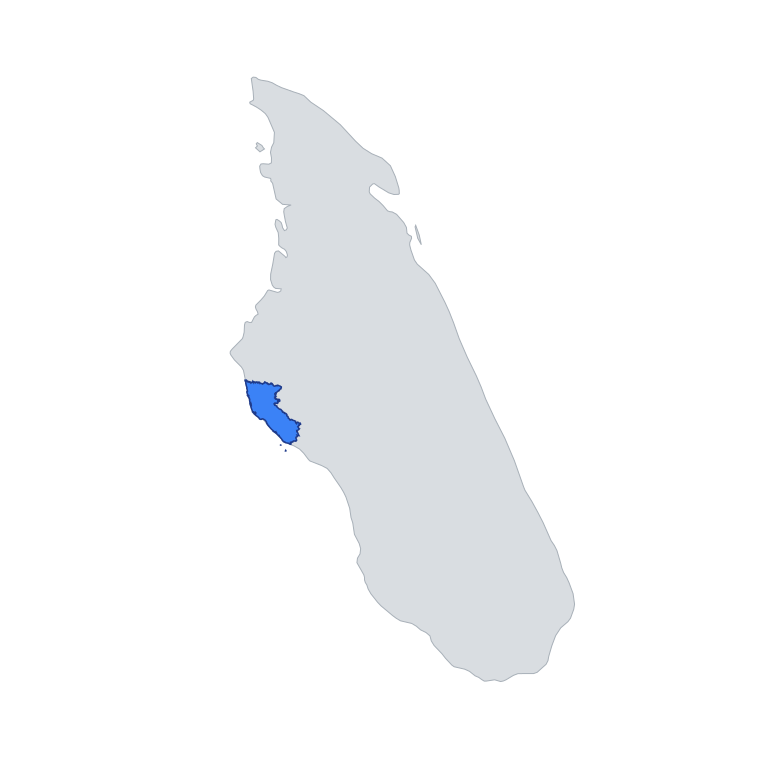 location of Maintirano, Melaky, Madagascar, rotated 320°
{"feature_id": "10022922B40533998311047", "entity_name": "Maintirano", "entity_type": "district", "adm_level": 2, "iso_a3": "MDG", "parent_name": "Madagascar", "parent_adm1": "Melaky", "projection": "natural_earth1", "projection_center": [44.435, -17.734], "detail": "fine", "context": "in_parent", "style": "filled", "palette": "blue", "viewbox_px": 768, "rotation_deg": 320, "n_neighbors": 0, "source": "geoboundaries", "source_scale": "gbopen_adm2", "svg_char_len": 9232}
<svg xmlns="http://www.w3.org/2000/svg" viewBox="0 0 768 768"><g transform="rotate(320 384 384)"><path d="M492.0,81.4L493.8,86.3L496.0,91.1L502.7,102.5L505.5,106.9L508.0,111.6L509.1,121.0L513.3,135.5L517.2,157.3L518.3,179.7L519.5,190.0L522.6,199.7L527.7,209.7L529.2,220.9L526.0,232.4L521.4,243.3L520.2,245.3L518.0,248.1L517.0,248.0L513.4,245.2L510.5,240.6L506.8,229.8L505.4,224.3L503.9,223.5L499.5,223.9L496.2,227.3L495.6,229.5L496.3,235.6L497.5,241.0L498.0,246.6L498.0,253.6L499.2,255.7L500.9,257.5L502.7,262.1L502.9,273.0L501.8,278.5L498.6,283.2L498.8,285.8L499.9,288.5L498.8,290.1L494.7,292.2L493.0,294.0L490.7,298.8L487.0,308.6L486.5,313.6L488.7,328.9L488.0,339.7L483.2,360.5L480.5,370.3L476.6,382.0L470.8,397.5L465.0,417.0L460.0,437.0L456.4,449.0L452.2,460.9L446.6,481.8L441.7,503.1L434.6,526.5L424.8,552.6L423.7,556.0L421.7,569.4L419.4,580.9L416.8,592.4L411.3,611.4L410.7,617.2L409.4,622.8L404.2,634.7L402.0,639.1L400.4,643.8L399.5,649.8L397.9,655.5L394.1,666.1L388.4,675.2L384.6,678.5L376.3,683.3L372.1,684.3L362.7,684.4L353.7,687.1L344.3,692.4L335.3,698.4L331.8,701.3L328.0,702.9L316.0,703.3L312.5,702.0L300.5,692.0L295.9,690.4L287.2,689.0L284.5,688.2L282.1,686.9L278.6,681.7L271.5,677.4L269.8,676.0L268.8,673.0L268.0,669.7L266.2,666.1L264.8,659.1L262.5,654.3L256.0,645.7L255.3,643.0L254.8,633.9L255.0,627.8L254.3,616.5L255.1,611.2L257.3,606.5L256.4,601.3L254.0,595.9L253.1,590.3L251.3,585.2L244.4,576.0L242.8,571.4L241.7,566.7L239.1,552.1L238.8,547.0L239.1,536.3L240.1,530.8L241.7,526.9L242.1,524.0L243.2,521.5L244.8,519.6L245.9,517.2L248.4,503.5L251.7,500.4L256.5,498.7L260.3,495.1L262.5,490.2L264.7,480.2L270.8,470.3L272.9,465.1L277.8,457.2L282.2,446.1L283.5,440.9L284.4,435.5L285.5,423.8L286.3,417.9L286.2,412.2L283.7,406.2L277.8,395.4L277.6,393.4L278.0,385.4L277.5,379.6L275.4,373.8L272.5,368.4L269.8,358.2L268.4,341.4L268.7,335.3L267.9,329.9L265.9,324.7L267.3,315.8L285.1,283.2L285.7,279.3L284.9,269.4L285.3,263.6L285.9,261.5L287.3,260.2L290.3,259.6L304.7,258.2L306.5,257.2L310.1,254.5L315.1,249.1L317.3,247.6L319.3,248.2L320.5,250.4L322.1,251.7L327.9,249.3L330.2,249.2L332.4,249.6L333.5,247.4L334.1,244.4L335.0,242.3L336.6,241.2L344.0,240.5L348.8,239.7L355.0,237.6L356.3,238.0L361.3,245.4L362.8,246.1L364.7,246.4L366.4,245.0L362.4,241.1L361.8,238.9L362.0,236.4L364.2,231.1L367.8,227.0L375.8,220.7L384.2,213.5L386.6,213.0L388.7,214.2L390.2,222.7L390.0,224.1L391.4,224.3L392.9,223.2L394.3,219.8L394.4,216.9L393.3,214.2L392.8,211.9L392.7,209.8L397.0,204.8L400.3,200.0L401.9,194.3L403.2,191.6L406.7,188.7L407.8,189.1L408.6,191.6L409.0,194.1L408.1,196.6L406.8,199.1L406.3,202.5L408.3,203.1L410.2,202.3L412.9,196.3L416.1,190.6L417.9,187.6L420.3,185.5L424.2,185.9L427.9,187.2L421.8,181.2L420.3,172.9L427.7,158.6L427.8,155.6L428.8,154.7L429.3,153.6L425.6,148.7L424.8,146.3L425.4,142.7L427.2,139.5L428.8,137.2L431.2,136.4L433.0,137.6L437.1,141.6L439.9,142.2L443.2,138.4L445.9,133.6L450.1,130.3L454.7,128.3L461.8,120.8L466.5,105.2L466.9,100.6L465.9,95.1L464.3,89.8L461.6,83.2L462.3,81.8L466.2,82.6L467.5,81.7L471.7,75.9L478.7,64.7L481.0,64.8L482.9,66.8L483.6,69.9L485.0,72.1L489.6,77.4L492.0,81.4ZM443.4,125.4L443.5,127.1L438.2,126.4L437.4,120.5L440.0,120.3L440.5,117.9L442.1,117.6L443.8,122.8L443.4,125.4ZM506.7,292.6L502.1,301.3L503.5,294.1L508.8,283.6L510.3,282.8L506.7,292.6Z" fill="#d9dde1" stroke="#a8b0b8" stroke-width="1"/><path d="M280.0,291.7L279.6,292.3L279.4,293.3L278.8,294.6L278.4,294.8L278.1,295.7L277.8,295.9L276.6,298.8L276.2,299.0L275.5,300.5L274.5,302.1L274.0,302.2L274.1,301.7L273.9,301.8L273.3,302.8L272.9,304.3L273.1,304.2L272.1,304.7L271.9,306.1L272.7,305.2L272.9,305.5L272.9,305.9L272.7,305.9L272.7,305.6L272.2,306.0L272.1,307.2L271.5,308.4L271.6,308.6L271.1,309.7L270.7,310.2L271.0,309.3L269.0,312.7L268.9,313.7L269.0,314.0L269.3,313.9L269.3,313.2L269.6,313.1L269.5,313.3L269.4,314.0L269.0,314.2L268.9,314.4L268.8,314.0L268.4,313.4L268.2,313.8L267.6,315.6L267.5,316.0L267.4,316.6L267.3,316.2L267.0,316.7L265.7,320.2L265.4,320.6L266.3,321.6L266.3,322.5L266.8,322.8L266.6,323.2L266.7,323.4L267.1,323.4L267.2,323.5L267.1,323.8L267.3,323.6L267.3,323.8L267.0,324.0L267.1,323.5L266.7,323.5L266.4,323.2L266.6,322.8L266.0,322.6L266.1,321.8L265.5,321.1L265.4,321.2L265.3,321.4L265.4,322.6L265.3,323.2L265.8,326.6L266.3,327.9L266.2,328.1L266.3,329.6L266.5,330.2L266.2,330.7L266.3,331.1L266.6,331.6L267.1,332.1L267.6,332.4L268.3,332.3L268.5,332.6L269.1,333.4L269.7,335.5L269.5,337.9L269.0,338.4L268.8,339.4L268.8,339.6L269.5,339.9L268.9,339.9L268.6,340.4L268.8,342.2L268.7,342.7L268.6,341.4L268.6,341.5L268.7,346.3L269.0,348.0L269.2,348.6L269.0,349.1L269.4,349.8L269.4,350.3L269.7,350.5L269.3,350.5L269.1,349.7L268.9,349.6L269.6,352.0L270.3,351.9L270.7,351.7L270.4,352.1L270.0,352.0L269.8,352.3L269.6,352.1L269.9,353.4L269.9,354.6L270.2,355.6L270.3,355.8L270.5,355.5L270.4,356.1L270.7,356.1L270.8,356.3L271.1,356.5L270.8,356.4L270.4,356.2L270.0,355.6L270.2,357.3L270.2,360.1L270.1,361.2L269.9,361.5L270.2,362.2L270.4,362.2L270.2,362.3L270.1,361.9L269.9,361.9L269.9,363.0L270.4,363.4L270.6,363.2L270.3,363.7L269.8,363.2L270.0,363.9L270.6,364.5L270.4,364.6L270.9,365.8L272.9,368.2L273.0,369.0L273.6,370.1L273.8,370.1L273.5,369.6L273.6,369.4L273.9,369.5L274.0,369.8L274.3,369.4L274.4,369.2L274.6,369.4L274.8,369.2L274.7,368.9L274.9,369.1L275.0,368.9L275.1,369.1L275.1,368.7L275.1,369.0L275.5,369.2L275.8,369.0L276.2,369.2L276.2,369.4L276.6,369.5L276.8,369.8L277.1,369.7L277.2,369.4L278.1,369.5L278.9,370.2L279.1,370.6L279.6,370.6L279.7,371.0L280.2,371.2L281.0,370.9L281.4,369.9L281.5,369.4L282.0,368.5L282.4,368.4L282.7,368.2L283.2,368.5L283.9,368.4L284.3,368.2L284.4,367.8L284.6,368.3L284.8,368.3L285.0,368.1L285.7,368.9L285.9,367.9L286.7,365.4L286.5,364.5L286.9,364.1L287.1,364.2L287.2,363.9L287.5,363.9L287.5,363.7L288.0,364.0L288.5,364.0L289.6,364.1L289.7,363.9L290.3,363.9L290.1,363.5L290.2,363.0L290.5,362.5L290.4,362.0L290.5,361.3L291.6,361.4L292.1,360.6L292.7,361.2L293.3,361.0L293.5,360.5L294.2,361.2L294.3,361.2L294.5,360.7L294.4,360.3L294.6,360.0L294.1,359.7L293.5,358.7L293.5,357.8L292.7,357.5L292.4,357.8L291.4,358.1L291.5,356.9L291.8,356.1L292.3,355.7L291.9,354.7L290.7,352.9L290.8,352.7L290.5,351.8L289.9,351.4L289.6,351.6L289.4,351.4L289.1,351.4L288.8,350.9L289.0,350.5L289.0,349.9L288.8,348.6L289.0,348.6L289.0,348.1L289.4,347.6L289.5,347.0L289.3,346.7L289.3,346.2L289.1,345.9L289.5,345.4L289.9,345.1L290.0,344.5L289.9,343.7L289.6,343.5L289.7,343.1L288.9,342.6L289.3,341.9L289.1,341.5L288.9,341.5L288.6,340.6L288.3,340.5L288.3,340.1L288.7,340.1L288.8,339.9L288.5,339.4L288.7,338.9L288.6,337.0L288.4,336.7L288.0,336.5L287.9,336.2L287.7,335.9L287.7,335.4L287.6,335.2L287.3,333.2L287.4,332.9L287.3,332.5L287.4,332.1L287.7,332.0L287.3,331.1L287.2,330.3L286.9,330.3L286.9,330.0L286.7,329.9L287.0,328.6L287.2,328.4L288.3,328.5L288.3,328.8L288.6,329.2L289.3,329.7L289.8,329.8L289.8,330.3L290.0,330.5L290.4,330.3L290.7,329.9L290.9,329.3L291.4,329.0L291.6,329.1L291.8,328.8L292.1,329.2L292.1,329.8L292.4,329.7L292.5,329.9L293.1,330.1L293.6,329.6L293.5,329.0L293.9,328.8L293.8,328.3L293.5,328.0L292.8,328.0L292.7,327.3L291.8,326.8L291.8,326.6L292.1,326.5L292.0,326.2L291.6,326.3L291.2,325.9L291.6,325.3L291.4,324.8L291.6,324.8L291.6,324.6L291.7,324.9L291.9,324.9L291.9,324.6L292.0,324.6L291.9,323.9L292.4,324.0L292.5,323.8L292.4,323.8L292.6,323.6L292.6,323.9L292.8,323.8L293.1,323.9L293.0,323.6L293.2,323.4L293.3,323.1L293.4,322.8L293.6,322.8L293.7,323.0L294.0,322.9L293.8,322.0L293.8,321.5L294.0,321.3L294.6,321.4L295.2,322.0L295.4,321.8L295.3,321.5L295.7,321.5L295.7,321.2L296.2,321.5L297.6,321.2L298.3,321.5L298.8,321.3L299.4,321.7L300.0,321.2L300.4,321.4L301.4,321.1L301.9,321.4L302.2,321.0L302.8,321.0L303.5,320.2L303.2,319.7L303.2,319.1L302.4,317.9L302.3,317.3L301.9,317.0L301.6,316.4L301.0,316.2L300.8,316.5L300.1,315.7L299.7,315.8L298.5,315.1L298.5,314.7L298.2,314.0L298.5,313.4L298.4,313.2L298.6,312.0L298.5,311.6L298.2,311.5L298.3,311.2L298.1,311.1L298.2,310.9L298.1,311.0L298.1,310.8L297.9,310.7L297.8,311.0L297.5,310.8L297.1,310.7L297.0,310.9L296.8,310.7L296.4,310.8L295.5,310.4L295.6,310.1L295.5,309.4L295.4,309.2L295.1,309.2L295.3,308.5L294.7,308.4L294.7,308.0L294.9,307.9L294.3,306.9L294.4,306.6L294.1,306.0L293.8,306.4L293.5,306.0L293.2,306.1L293.1,306.3L292.4,306.2L292.2,306.0L291.9,306.2L291.5,305.9L290.9,305.9L290.9,305.5L290.1,304.5L290.1,304.1L289.8,303.8L289.4,303.8L289.6,303.3L289.4,303.0L289.6,302.7L289.3,302.6L289.2,302.4L289.4,302.5L289.4,302.4L289.0,302.3L288.9,301.9L288.6,302.2L288.1,301.6L287.9,301.8L287.8,301.4L288.0,301.2L287.8,301.0L287.7,300.5L287.2,300.3L286.5,300.4L286.6,300.1L286.4,300.1L286.3,299.9L286.0,299.9L286.0,299.0L285.7,298.9L285.6,298.6L285.3,298.8L285.5,298.3L285.4,297.8L285.2,298.1L284.8,298.0L284.6,298.2L284.4,297.8L284.0,298.0L283.5,298.0L283.4,297.8L283.7,297.9L283.3,297.5L282.8,297.6L282.9,297.3L282.6,297.2L282.6,296.7L282.2,296.3L282.1,295.9L282.1,295.7L282.4,295.7L282.1,295.3L281.8,295.6L281.7,295.3L281.1,295.2L281.2,294.6L281.0,294.3L281.3,294.1L281.3,293.8L280.8,293.3L280.9,292.8L280.6,292.8L280.5,292.5L280.7,292.4L280.3,292.2L280.3,291.9L280.0,291.7ZM265.9,372.2L266.0,371.7L265.5,371.9L265.7,372.2L265.9,372.2ZM265.7,364.3L265.7,364.1L265.7,363.8L265.5,364.2L265.7,364.3Z" fill="#3b82f6" stroke="#1e3a8a" stroke-width="1.5"/></g></svg>